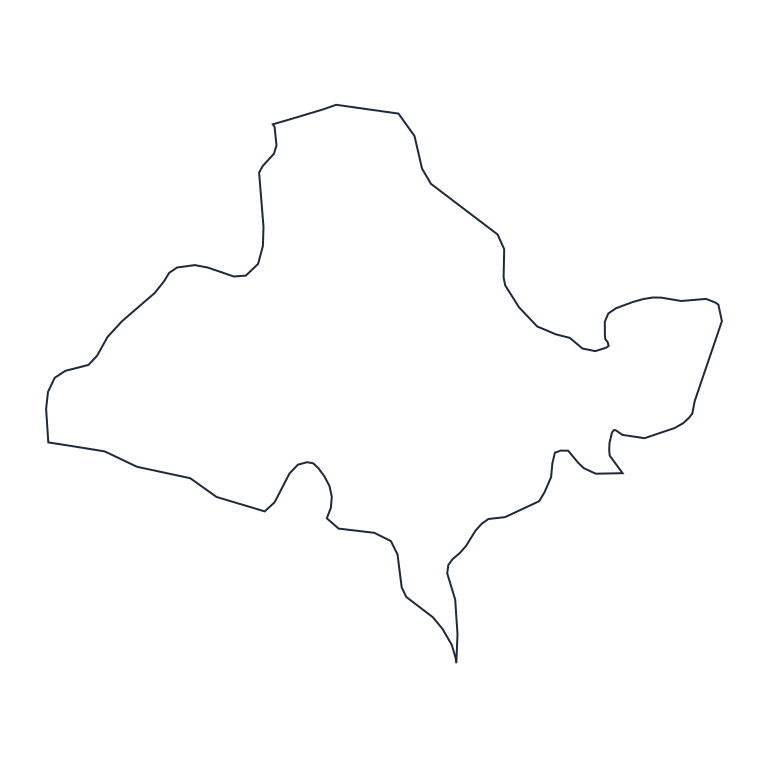 map outline of Ocotepeque (Mercator projection)
{"feature_id": "HND-653", "entity_name": "Ocotepeque", "entity_type": "Department", "adm_level": 1, "iso_a3": "HND", "parent_name": "Honduras", "parent_adm1": "", "projection": "mercator", "projection_center": [-89.003, 14.47], "detail": "fine", "context": "isolated", "style": "outline", "palette": "slate", "viewbox_px": 768, "rotation_deg": 0, "n_neighbors": 0, "source": "natural_earth", "source_scale": "10m", "svg_char_len": 1606}
<svg xmlns="http://www.w3.org/2000/svg" viewBox="0 0 768 768"><path d="M64.4,444.9L48.3,442.4L46.1,408.9L48.0,391.9L54.7,377.8L65.4,370.8L88.5,364.9L97.1,355.7L107.5,337.0L122.0,321.2L154.7,293.0L164.1,281.2L169.2,272.8L177.1,267.5L194.8,265.1L207.6,267.5L233.8,276.5L245.8,275.6L258.1,263.9L262.9,246.0L263.5,226.9L259.1,172.6L262.8,165.9L273.9,153.8L276.5,145.4L274.6,127.0L272.8,124.3L288.7,119.7L322.4,109.6L336.1,104.8L398.5,113.6L414.5,136.0L422.0,168.5L430.9,183.8L497.6,234.5L504.2,249.2L503.6,277.4L505.2,285.4L519.1,307.4L537.1,326.4L555.7,334.3L569.9,337.9L582.4,348.5L595.3,351.1L605.9,347.8L608.6,346.0L607.8,342.4L605.3,339.1L604.9,334.7L604.8,321.8L608.3,313.5L615.9,308.3L633.1,301.9L643.1,299.1L652.6,297.5L661.0,297.6L681.3,301.0L706.1,298.9L715.7,302.7L718.4,304.7L721.9,321.2L694.7,401.1L692.3,413.6L688.8,418.0L683.0,423.3L674.7,428.0L644.5,438.2L622.5,434.9L615.5,430.1L613.4,430.4L611.9,432.9L609.5,442.9L609.2,450.4L609.7,455.6L622.6,473.2L595.7,473.7L583.8,468.2L578.1,462.7L568.2,450.7L560.6,450.6L554.9,452.7L552.4,463.2L551.1,477.1L544.6,492.1L539.2,501.2L505.1,517.1L488.4,519.0L481.6,523.8L475.1,531.2L466.1,545.9L459.8,553.0L452.4,559.3L448.3,565.1L447.2,573.3L455.2,599.6L457.5,634.4L456.3,663.2L455.7,658.2L451.7,644.7L442.4,628.8L432.8,617.2L406.3,597.0L401.7,587.4L397.5,554.4L390.9,541.1L374.2,532.8L338.6,528.6L326.8,518.3L330.9,507.7L331.8,496.8L329.5,486.1L324.3,476.2L318.3,468.1L313.2,463.3L307.1,462.2L297.9,464.7L289.6,473.3L274.6,502.3L264.7,511.4L216.6,497.0L190.2,478.2L137.0,466.8L104.7,451.4L64.4,444.9Z" fill="none" stroke="#1e293b" stroke-width="2"/></svg>